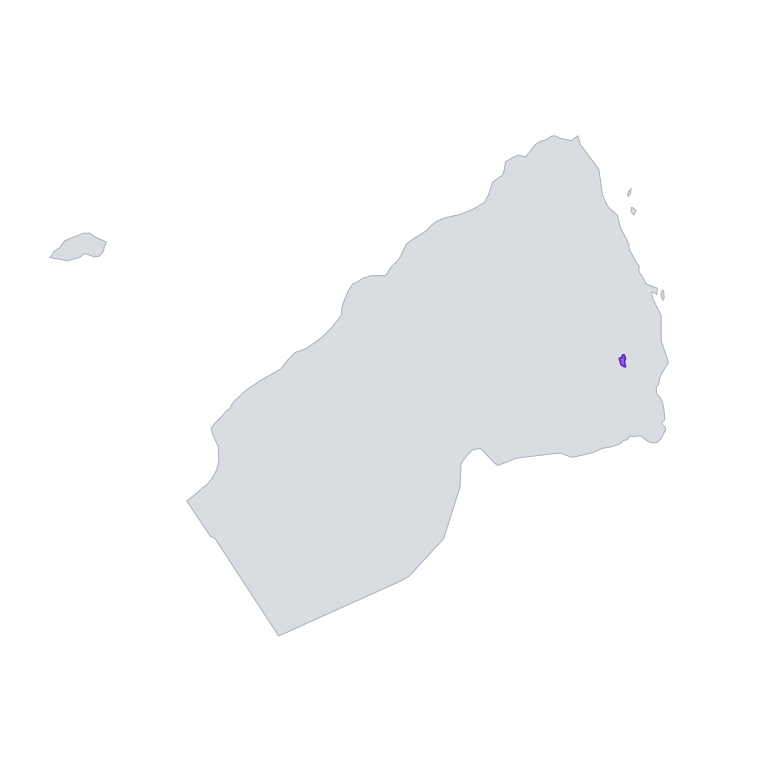 Shaharah, Amran, Yemen shown in context, rotated 166°
{"feature_id": "15242507B60781890450687", "entity_name": "Shaharah", "entity_type": "district", "adm_level": 2, "iso_a3": "YEM", "parent_name": "Yemen", "parent_adm1": "Amran", "projection": "equal_earth", "projection_center": [43.696, 16.186], "detail": "fine", "context": "in_parent", "style": "filled", "palette": "violet", "viewbox_px": 768, "rotation_deg": 166, "n_neighbors": 0, "source": "geoboundaries", "source_scale": "gbopen_adm2", "svg_char_len": 4038}
<svg xmlns="http://www.w3.org/2000/svg" viewBox="0 0 768 768"><g transform="rotate(166 384 384)"><path d="M603.6,318.1L579.2,329.8L572.8,334.9L567.0,341.3L562.8,349.4L559.9,363.4L562.4,376.3L562.3,383.2L556.0,387.8L550.1,391.1L543.6,396.1L539.6,397.3L536.4,401.3L532.6,404.1L519.0,411.4L504.0,417.0L480.3,423.7L471.1,431.0L462.8,436.0L450.1,437.5L432.6,444.5L423.0,450.1L411.0,459.1L408.3,462.0L406.2,468.7L402.6,474.4L395.4,483.9L389.9,488.8L386.3,489.0L379.2,491.7L370.8,492.2L356.7,488.9L353.1,491.2L350.1,494.9L339.3,501.4L328.3,514.4L320.2,517.8L307.2,521.9L298.0,527.3L291.9,529.5L284.0,530.6L269.3,530.1L255.4,532.0L242.6,535.7L236.5,542.6L229.7,553.6L218.4,558.1L215.8,562.1L212.3,570.2L205.0,572.3L198.4,573.6L191.6,570.1L178.9,579.9L174.1,581.5L166.8,581.9L161.6,584.0L157.9,583.4L153.2,579.5L143.3,574.9L136.1,577.9L135.5,568.7L123.6,540.4L126.1,515.8L126.1,512.3L123.7,501.4L116.6,491.3L116.9,478.6L114.5,469.6L112.6,460.2L113.2,457.8L113.4,455.5L109.7,441.2L108.5,438.3L108.1,435.2L109.3,432.9L109.2,430.3L107.3,425.9L105.3,417.5L95.7,410.9L97.6,404.8L99.5,407.0L102.0,408.8L102.6,404.8L102.6,401.8L98.6,383.2L104.6,358.5L102.7,336.2L111.8,327.2L114.1,324.5L115.4,322.2L117.6,317.1L120.5,315.4L121.6,310.1L121.5,307.4L119.6,305.1L118.2,298.9L118.7,291.0L119.1,287.7L120.1,281.7L123.3,279.5L124.1,277.7L121.6,273.9L121.8,271.6L127.2,265.3L129.4,263.3L132.9,261.4L135.6,261.4L138.8,262.5L141.6,264.3L144.3,267.5L147.2,271.2L151.6,272.6L154.7,272.3L157.1,273.9L159.2,273.0L161.5,271.1L165.3,271.2L168.7,269.1L178.4,268.0L187.7,268.7L197.4,266.9L207.1,267.0L216.9,267.2L219.1,267.4L221.2,268.6L229.5,274.2L235.8,275.4L248.4,276.9L261.8,278.6L273.5,280.0L283.4,278.7L291.5,277.6L293.8,277.7L296.3,281.2L301.2,289.9L306.0,298.2L314.1,298.6L319.3,295.5L325.1,291.2L328.6,287.8L332.5,274.4L335.1,265.8L341.1,256.1L346.1,248.0L352.6,237.3L356.3,231.3L363.5,219.6L370.4,215.0L383.8,206.2L396.9,197.5L405.4,191.9L412.6,189.3L424.9,187.1L439.2,184.5L453.6,181.9L468.8,179.2L485.9,176.1L497.6,174.0L512.4,171.3L524.8,169.0L535.8,167.0L547.2,165.0L549.4,171.5L551.7,178.0L553.9,184.4L556.2,190.9L558.4,197.5L560.7,204.0L563.0,210.5L565.2,217.0L567.5,223.5L569.7,230.0L572.0,236.5L574.3,243.0L576.5,249.5L578.8,256.1L581.0,262.6L583.3,269.1L585.5,275.5L589.0,277.6L591.2,283.6L594.3,292.2L597.4,300.9L600.5,309.5L603.6,318.1ZM640.8,582.0L643.9,582.8L648.4,580.5L661.6,580.2L677.7,587.6L674.7,589.5L672.9,592.2L666.0,594.6L659.1,600.3L638.9,603.0L633.0,601.5L628.1,596.0L619.0,588.9L622.5,584.3L623.2,582.3L624.5,580.3L629.6,576.8L634.6,577.4L640.8,582.0ZM101.9,493.9L101.2,495.3L100.3,495.0L97.3,491.5L100.6,487.6L102.4,491.3L101.9,493.9ZM92.4,406.3L90.8,407.8L90.3,405.2L91.4,399.5L93.0,397.8L94.0,402.1L93.3,404.4L92.4,406.3ZM100.3,511.6L97.0,513.6L99.3,508.3L101.5,507.3L102.2,507.5L100.3,511.6Z" fill="#d9dde1" stroke="#a8b0b8" stroke-width="1"/><path d="M145.2,342.8L145.3,343.1L145.5,343.3L145.4,343.7L145.5,344.1L145.5,344.5L145.4,344.8L145.4,345.0L145.3,345.4L145.3,345.8L145.4,346.2L145.4,346.6L145.5,346.8L145.4,347.1L145.2,347.2L145.1,347.3L145.0,347.5L145.0,347.8L144.9,348.1L144.8,348.3L144.7,348.7L144.7,348.9L144.5,349.2L144.4,349.4L144.2,349.6L143.8,349.7L143.6,350.4L143.4,350.6L143.4,351.0L143.4,351.3L143.4,351.8L143.5,352.2L143.6,352.6L143.7,352.8L143.8,353.1L143.9,353.4L144.1,353.6L144.0,354.2L144.1,354.5L144.3,354.4L144.5,354.4L144.8,354.3L145.1,354.4L145.3,354.5L145.5,354.4L145.7,354.1L145.9,353.9L146.1,353.7L146.3,353.5L146.3,353.1L146.4,352.9L146.4,352.6L146.4,352.2L146.6,352.1L146.9,352.0L147.1,352.1L147.3,352.2L147.6,352.3L147.9,352.2L148.2,352.2L148.5,352.2L149.0,352.2L149.3,352.2L149.4,351.7L149.4,351.3L149.5,351.0L149.6,350.5L149.6,350.2L149.5,349.9L149.3,349.2L149.4,348.9L149.4,348.7L149.5,348.3L149.5,348.0L149.6,347.6L149.5,347.2L149.5,346.8L149.5,346.3L149.4,345.9L149.3,345.5L149.1,345.2L148.9,344.9L148.7,344.6L148.4,344.5L148.2,344.4L147.7,344.1L147.7,343.8L147.6,343.4L147.5,343.2L146.9,342.8L145.7,342.2L145.6,342.3L145.2,342.8Z" fill="#8b5cf6" stroke="#5b21b6" stroke-width="1.5"/></g></svg>